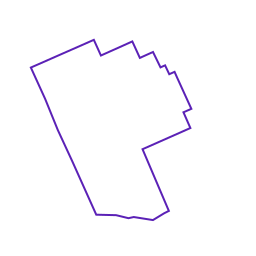 Woodford, Illinois, United States of America, rotated 247°
{"feature_id": "52423323B31485685808908", "entity_name": "Woodford", "entity_type": "district", "adm_level": 2, "iso_a3": "USA", "parent_name": "United States of America", "parent_adm1": "Illinois", "projection": "orthographic", "projection_center": [-89.225, 40.761], "detail": "fine", "context": "isolated", "style": "outline", "palette": "violet", "viewbox_px": 256, "rotation_deg": 247, "n_neighbors": 0, "source": "geoboundaries", "source_scale": "gbopen_adm2", "svg_char_len": 462}
<svg xmlns="http://www.w3.org/2000/svg" viewBox="0 0 256 256"><g transform="rotate(247 128 128)"><path d="M221.6,62.2L187.0,63.1L153.5,62.6L119.1,63.7L60.6,64.9L52.4,83.0L44.8,93.2L43.8,98.5L33.5,115.0L35.4,128.1L35.7,133.2L102.8,133.1L103.6,185.4L120.8,185.2L120.9,193.8L155.1,192.9L161.5,192.8L161.4,187.0L171.2,186.6L171.1,181.6L188.2,180.7L187.9,166.3L206.0,165.8L205.3,131.4L222.5,131.0L221.6,62.2Z" fill="none" stroke="#5b21b6" stroke-width="2"/></g></svg>